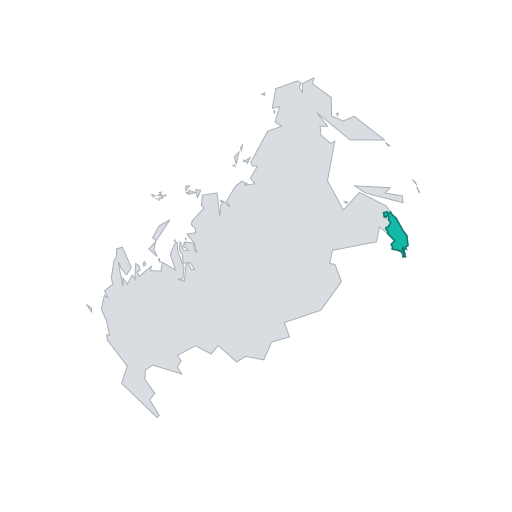 Primor'ye highlighted on a map of Russia, rotated 292°
{"feature_id": "RUS-2611", "entity_name": "Primor'ye", "entity_type": "Territory", "adm_level": 1, "iso_a3": "RUS", "parent_name": "Russia", "parent_adm1": "", "projection": "orthographic", "projection_center": [134.86, 45.37], "detail": "coarse", "context": "in_parent", "style": "filled", "palette": "teal", "viewbox_px": 512, "rotation_deg": 292, "n_neighbors": 0, "source": "natural_earth", "source_scale": "10m", "svg_char_len": 4465}
<svg xmlns="http://www.w3.org/2000/svg" viewBox="0 0 512 512"><g transform="rotate(292 256 256)"><path d="M331.4,388.1L310.4,392.4L314.3,388.7L313.5,379.7L322.7,378.3L329.4,359.5L314.3,362.4L289.9,324.7L276.6,327.1L277.8,332.3L264.3,344.8L230.0,336.4L204.9,307.2L193.5,317.4L182.0,302.7L162.6,302.1L159.1,284.1L150.5,277.8L158.8,254.5L148.4,251.2L150.1,233.4L134.3,220.4L130.5,226.0L123.4,224.7L118.7,231.5L116.2,201.1L108.8,196.1L99.7,199.5L90.8,213.6L82.8,211.4L71.9,226.0L69.2,224.7L87.6,179.1L105.7,177.8L122.3,149.9L127.0,147.0L127.8,149.9L139.6,141.9L148.7,132.6L162.8,130.1L161.9,134.3L166.8,128.7L176.3,133.7L181.6,130.0L199.0,126.0L202.6,127.1L210.3,124.0L214.1,128.8L198.7,144.7L190.1,143.0L194.2,135.3L197.8,132.2L198.8,130.5L178.2,143.8L185.7,141.0L181.6,147.1L191.9,148.5L188.9,152.6L203.9,147.2L202.8,151.5L199.3,153.9L196.7,151.7L193.4,155.4L207.2,162.9L202.9,163.6L206.3,173.5L215.2,171.4L212.8,186.7L225.6,175.8L238.9,176.2L238.9,178.4L231.8,181.2L218.4,193.5L207.3,196.7L205.2,192.5L205.8,199.0L222.0,194.2L224.0,195.6L219.1,201.0L220.5,204.1L225.1,197.4L222.2,191.2L229.6,187.2L232.8,182.8L241.2,180.2L234.4,186.5L235.5,190.8L236.3,191.5L237.9,184.7L242.7,185.7L244.6,193.2L238.4,196.5L237.2,199.5L244.9,193.8L250.4,183.7L254.9,191.3L259.0,189.3L260.7,184.5L264.3,183.5L280.9,189.8L282.4,186.4L292.3,183.5L299.9,196.3L279.2,207.4L290.4,204.2L294.4,206.0L292.2,211.5L292.1,212.5L292.7,212.8L295.3,208.1L312.8,210.7L320.1,214.8L319.8,220.4L317.1,218.4L322.5,227.9L326.0,221.6L340.0,223.7L338.1,219.2L340.8,216.0L376.1,220.1L385.9,231.1L387.4,223.4L403.4,221.9L399.0,215.8L418.5,211.6L434.0,229.1L433.1,233.2L428.2,233.0L425.1,237.7L433.4,234.6L442.8,243.0L436.9,243.7L431.1,266.4L414.0,273.7L413.9,286.2L422.3,294.8L411.7,331.8L398.9,299.6L411.7,258.8L403.0,273.8L400.5,266.8L392.5,270.7L388.3,283.1L391.9,286.1L352.5,294.1L331.4,319.8L353.7,328.1L351.3,357.7L331.4,388.1ZM257.3,162.6L232.5,157.6L234.2,153.3L247.8,154.9L257.3,162.6ZM358.0,321.1L369.5,354.7L362.7,352.1L366.5,369.0L360.5,372.3L355.4,334.1L358.0,321.1ZM222.3,154.0L231.8,157.6L224.2,158.8L218.4,164.6L222.3,154.0ZM333.4,203.4L339.8,198.8L346.0,201.3L333.4,203.4ZM291.9,169.1L292.1,176.2L288.0,170.6L291.9,169.1ZM294.3,164.7L296.4,168.0L290.3,166.4L294.3,164.7ZM295.0,175.3L296.3,180.2L288.3,179.8L295.0,175.3ZM347.6,202.9L350.7,201.3L354.7,201.9L347.6,202.9ZM147.5,117.0L146.1,123.1L142.6,124.4L147.5,117.0ZM273.1,139.2L274.4,140.8L271.7,137.7L273.1,139.2ZM340.7,210.8L345.2,213.7L338.5,213.3L340.7,210.8ZM207.3,157.1L204.5,155.8L206.1,154.3L208.9,154.5L207.3,157.1ZM275.4,142.3L276.9,143.7L276.0,144.8L275.4,142.3ZM277.4,147.7L274.7,147.7L275.1,146.3L276.7,146.1L277.4,147.7ZM277.6,149.4L277.4,148.0L278.9,149.6L277.6,149.4ZM217.5,167.2L213.7,170.0L216.2,166.8L217.5,167.2ZM290.2,169.3L288.0,169.3L288.4,167.6L290.2,169.3ZM278.6,142.5L279.8,144.3L277.9,144.1L278.6,142.5ZM410.4,203.0L408.1,203.8L408.2,200.7L410.4,203.0ZM274.4,137.4L273.8,138.8L273.5,136.2L274.4,137.4ZM240.4,175.5L238.6,173.9L240.7,175.4L240.4,175.5ZM294.4,202.4L294.4,205.0L293.0,203.1L294.4,202.4ZM398.1,217.9L396.8,219.7L395.3,219.4L398.1,217.9ZM273.4,146.1L273.9,144.9L273.7,146.6L273.4,146.1ZM278.0,144.5L276.5,145.6L277.2,144.1L278.0,144.5ZM385.3,372.4L384.6,375.0L381.9,378.9L385.3,372.4ZM273.0,144.4L271.6,145.5L271.6,144.5L273.0,144.4ZM243.0,185.3L240.8,184.6L240.7,184.2L243.0,185.3ZM419.3,278.9L416.6,279.1L418.3,277.1L419.3,278.9ZM340.2,208.7L339.5,210.6L338.8,209.2L340.2,208.7ZM339.6,317.5L340.2,320.7L338.5,319.9L339.6,317.5ZM409.8,333.6L408.5,338.5L407.4,337.4L409.8,333.6ZM272.2,142.9L271.5,142.1L271.9,141.7L272.2,142.9ZM246.7,183.9L244.8,184.9L245.0,184.2L246.7,183.9ZM332.2,202.0L331.1,203.1L331.4,200.7L332.2,202.0ZM376.3,383.0L380.5,378.9L376.3,383.8L376.3,383.0Z" fill="#d9dde1" stroke="#a8b0b8" stroke-width="1"/><path d="M322.1,378.9L326.2,369.6L328.4,369.0L329.5,366.3L331.2,365.9L332.3,367.6L337.3,368.3L339.3,365.1L342.3,364.7L343.2,362.7L340.7,362.1L341.3,361.4L340.1,360.3L344.0,358.0L346.3,361.4L345.1,362.7L345.3,363.8L347.3,364.2L345.5,366.5L343.5,371.9L334.4,383.0L331.4,388.3L322.6,393.1L320.9,391.7L319.3,391.5L318.9,392.1L319.1,389.3L317.2,390.6L317.8,389.2L316.8,389.0L313.9,393.6L311.5,392.8L312.4,393.7L311.4,395.0L310.2,392.6L313.5,391.5L314.4,388.6L314.5,384.6L313.3,379.7L315.5,379.1L317.4,376.9L322.1,378.9ZM316.8,390.7L317.0,391.3L316.4,391.1L316.8,390.7ZM319.5,392.0L319.3,392.2L319.4,391.8L319.5,392.0Z" fill="#14b8a6" stroke="#0f766e" stroke-width="1.5"/></g></svg>